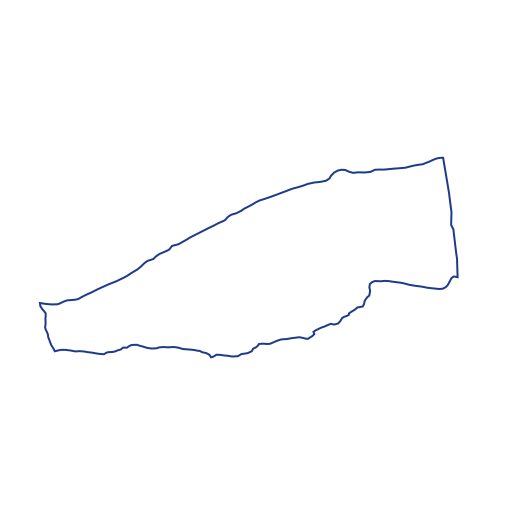 the district of Bobasi, Nyanza, Kenya, rotated 282°
{"feature_id": "3690345B31874889890147", "entity_name": "Bobasi", "entity_type": "district", "adm_level": 2, "iso_a3": "KEN", "parent_name": "Kenya", "parent_adm1": "Nyanza", "projection": "equal_earth", "projection_center": [34.791, -0.819], "detail": "fine", "context": "isolated", "style": "outline", "palette": "blue", "viewbox_px": 512, "rotation_deg": 282, "n_neighbors": 0, "source": "geoboundaries", "source_scale": "gbopen_adm2", "svg_char_len": 3582}
<svg xmlns="http://www.w3.org/2000/svg" viewBox="0 0 512 512"><g transform="rotate(282 256 256)"><path d="M391.0,418.6L390.3,415.8L389.2,412.9L387.0,409.4L384.9,406.7L382.9,403.7L380.4,400.0L378.9,395.6L377.1,391.3L375.5,387.9L373.5,384.0L371.7,378.2L370.0,372.3L367.2,363.5L366.2,358.7L365.1,354.4L362.1,350.5L360.3,345.0L359.1,338.5L357.5,333.7L357.8,329.3L358.7,325.4L358.1,321.5L356.6,318.3L353.9,315.1L350.3,312.8L347.1,311.7L344.2,308.9L342.4,304.8L341.3,301.8L340.0,297.7L337.2,291.5L334.7,287.6L332.2,283.1L329.7,278.2L327.9,275.2L325.9,272.2L322.6,267.0L320.1,263.1L317.2,258.5L314.2,253.5L313.2,251.8L311.2,248.2L308.5,244.7L305.0,241.0L302.2,237.6L300.1,234.9L297.8,232.7L296.8,231.8L296.1,230.8L293.8,228.0L292.3,225.2L291.7,224.0L291.0,223.0L289.2,221.1L287.6,219.9L285.0,218.5L283.8,217.3L281.3,213.7L278.7,210.4L277.7,209.3L275.1,206.0L273.7,204.1L272.3,202.4L268.1,197.2L263.9,192.0L263.2,191.1L260.6,187.9L259.4,186.6L258.0,185.2L255.0,181.8L251.5,177.9L248.4,171.8L244.2,169.7L242.2,167.3L241.2,165.8L240.5,164.8L238.1,161.4L236.0,159.3L234.6,158.1L231.7,156.2L229.9,153.1L229.2,151.8L228.3,150.6L225.9,148.4L223.2,146.6L221.4,145.4L218.1,142.7L214.4,138.7L213.4,137.6L209.8,134.1L206.6,130.3L202.3,124.7L199.5,120.5L198.4,118.8L197.2,117.1L194.2,113.0L190.8,108.4L188.2,105.1L187.1,103.8L185.9,102.3L182.6,97.7L180.0,94.5L177.4,91.6L176.7,90.5L175.7,88.4L174.6,84.8L173.3,80.3L171.0,76.8L169.0,74.3L167.5,71.8L166.3,66.9L165.9,64.4L165.4,60.1L165.1,54.4L162.1,55.5L160.8,56.8L159.7,57.9L157.8,60.4L156.3,62.1L153.1,62.9L151.0,63.0L148.1,63.8L147.1,64.0L145.9,64.3L142.6,64.5L140.1,65.7L138.2,67.3L135.9,68.8L134.8,69.2L133.6,69.5L131.2,71.1L127.7,73.3L126.5,74.1L125.6,74.9L123.5,77.0L121.0,79.0L123.6,84.5L124.6,89.2L125.0,94.2L125.1,99.1L126.2,103.0L126.8,107.1L127.0,111.7L127.2,113.9L127.4,116.2L127.5,119.9L127.6,121.8L127.7,123.2L128.3,127.7L130.5,130.0L131.3,131.8L132.1,134.9L132.6,136.4L133.3,137.9L135.0,140.4L136.3,143.0L138.8,145.1L139.4,148.6L141.8,151.0L143.1,152.8L144.4,158.0L144.1,160.2L143.9,164.0L143.5,168.6L143.8,173.2L145.1,178.1L145.9,179.1L146.7,181.0L147.7,184.2L148.3,188.5L149.2,191.9L149.6,193.3L150.0,195.6L150.2,199.1L149.8,203.9L150.6,209.6L151.2,214.9L151.2,218.8L151.5,220.6L150.7,223.3L150.7,224.7L150.7,227.3L150.2,229.4L149.7,230.9L147.5,233.2L148.3,234.6L149.1,235.7L151.2,237.8L151.8,241.4L152.0,243.3L152.0,244.7L152.5,248.8L152.7,253.4L153.3,255.8L154.3,259.2L157.1,262.2L158.4,265.9L159.3,268.1L161.9,271.6L164.8,272.5L166.5,274.7L168.0,276.1L170.6,277.3L171.3,279.6L171.8,281.8L172.3,285.4L173.1,288.1L175.4,291.3L176.7,293.1L177.4,294.2L179.4,297.5L180.5,300.8L180.9,302.5L181.3,303.8L182.7,307.1L184.2,311.3L185.6,315.4L185.6,319.6L185.5,321.6L185.7,323.9L187.5,325.7L189.3,327.7L191.8,329.3L193.7,328.0L195.5,329.6L196.9,331.4L198.9,333.9L200.4,336.2L201.8,338.5L203.3,340.4L205.2,343.3L205.2,346.8L207.1,350.4L210.1,352.1L212.9,353.0L214.7,354.6L216.0,356.9L217.6,359.0L219.3,358.9L221.6,361.2L224.2,364.0L226.7,365.8L228.0,369.0L228.8,370.9L231.7,371.7L234.3,371.6L237.0,372.5L239.1,373.6L240.8,375.0L243.3,375.0L246.0,374.8L248.8,373.4L252.2,373.2L254.6,375.0L256.2,377.5L256.7,380.1L257.2,383.3L258.4,386.9L259.1,391.5L259.3,395.4L259.6,398.9L259.9,402.5L260.0,406.2L259.7,411.7L260.0,418.3L260.5,424.3L260.6,430.5L261.0,434.6L261.4,438.3L261.8,442.0L262.9,445.6L264.9,448.0L267.2,449.5L270.4,450.5L272.9,451.2L275.2,451.9L277.1,453.7L277.2,457.6L295.1,453.2L300.5,451.2L318.1,445.2L323.0,443.6L327.0,440.4L339.5,438.1L353.1,433.3L357.8,431.7L391.0,418.6Z" fill="none" stroke="#1e3a8a" stroke-width="2"/></g></svg>